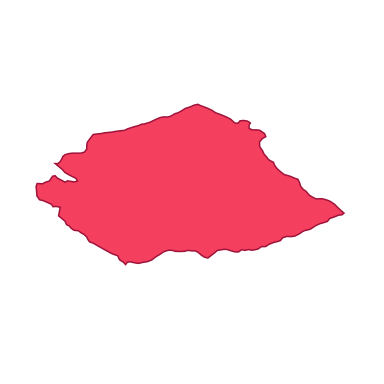 Santa Maria do Salto, Minas Gerais, Brazil (Albers equal-area conic projection), rotated 104°
{"feature_id": "56859067B45600385966200", "entity_name": "Santa Maria do Salto", "entity_type": "district", "adm_level": 2, "iso_a3": "BRA", "parent_name": "Brazil", "parent_adm1": "Minas Gerais", "projection": "albers", "projection_center": [-40.119, -16.295], "detail": "fine", "context": "isolated", "style": "filled", "palette": "rose", "viewbox_px": 384, "rotation_deg": 104, "n_neighbors": 0, "source": "geoboundaries", "source_scale": "gbopen_adm2", "svg_char_len": 2734}
<svg xmlns="http://www.w3.org/2000/svg" viewBox="0 0 384 384"><g transform="rotate(104 192 192)"><path d="M278.5,238.9L275.9,237.8L274.7,235.3L274.6,230.4L274.2,226.6L272.3,222.9L270.3,218.3L267.6,214.5L264.7,212.3L262.6,210.4L260.3,208.0L257.2,205.3L255.4,202.8L254.1,200.4L253.4,197.1L253.6,193.7L252.6,189.1L251.3,184.8L249.6,181.8L249.2,178.3L248.4,174.6L249.0,171.6L251.0,167.7L252.2,164.2L252.2,160.6L248.9,158.0L245.6,155.4L242.5,153.2L240.7,149.0L239.6,146.2L239.3,143.4L239.6,140.1L239.7,135.5L238.8,132.2L235.9,129.8L235.9,126.6L234.2,123.3L234.0,119.8L233.0,117.3L231.3,114.1L228.3,111.5L227.1,107.3L224.2,104.7L221.2,100.5L219.4,97.1L217.7,94.4L214.5,93.0L212.1,89.1L211.5,85.5L209.9,81.5L206.7,77.8L203.8,75.3L201.9,72.9L200.8,70.5L199.2,67.9L197.0,65.9L195.1,64.2L193.5,62.3L191.8,60.2L190.0,57.0L187.8,53.5L184.3,51.9L181.7,47.8L179.0,44.1L177.8,40.9L175.7,39.4L173.8,43.3L171.4,47.5L169.5,50.6L168.4,53.5L167.6,55.9L167.2,58.5L167.0,62.1L167.2,65.1L168.0,67.5L168.7,70.1L167.9,73.6L166.8,77.2L165.3,79.4L163.7,81.6L162.5,84.9L159.9,88.2L157.2,89.7L154.1,92.2L153.7,96.2L153.0,100.2L152.8,104.0L152.8,106.7L150.9,111.0L148.8,115.0L146.1,118.3L143.4,120.2L142.7,123.6L141.8,126.0L140.0,128.0L137.8,131.2L134.6,133.8L131.8,137.2L127.1,138.6L123.4,136.8L120.4,133.8L117.8,135.7L116.6,138.8L115.7,141.2L116.1,144.5L117.1,148.1L116.6,151.8L113.8,152.8L110.9,152.1L109.8,155.2L110.1,159.3L111.3,162.6L113.8,163.8L114.8,166.5L113.8,168.9L112.0,172.1L111.1,175.8L110.4,179.7L109.8,184.3L109.4,188.3L108.0,192.0L107.1,196.3L106.6,200.1L106.1,204.5L105.5,207.6L107.3,211.1L108.9,213.1L110.7,215.7L112.3,218.4L114.2,220.3L116.5,222.5L118.7,225.0L120.2,227.6L122.4,229.7L124.0,231.7L125.2,234.1L126.0,237.7L127.5,241.0L129.9,244.1L132.2,247.0L134.5,249.7L135.8,251.9L137.4,254.5L138.4,257.3L140.3,259.6L142.2,263.1L144.3,266.6L146.1,269.5L148.6,272.6L150.0,276.6L151.5,280.4L153.2,284.1L154.6,288.0L155.9,291.6L157.3,294.3L158.4,297.5L160.1,301.8L164.7,303.8L169.0,305.6L172.1,305.4L175.6,304.5L179.3,306.0L181.2,309.3L182.2,313.2L183.1,317.1L184.4,320.5L186.4,324.1L188.7,325.9L191.3,326.3L194.3,327.2L196.9,329.0L197.5,331.6L201.7,323.0L203.8,320.1L205.4,314.5L206.8,307.9L209.0,305.8L210.7,308.6L211.3,315.6L213.2,317.3L211.0,326.2L209.3,328.7L210.4,331.1L215.9,333.1L217.9,336.5L220.2,339.0L221.2,344.3L224.4,344.6L229.1,342.9L233.4,341.5L236.4,338.0L236.4,334.0L237.9,325.5L239.9,323.2L238.9,320.4L238.7,316.2L247.4,315.7L251.0,308.2L254.0,305.9L254.6,303.0L256.4,300.5L257.7,297.3L257.1,292.6L258.4,290.0L259.4,286.2L261.2,283.2L263.3,281.5L265.2,279.3L265.6,275.3L267.1,270.1L268.7,264.4L270.9,256.2L271.4,253.6L271.8,248.7L275.3,245.9L276.7,241.6L278.5,238.9Z" fill="#f43f5e" stroke="#9f1239" stroke-width="1.5"/></g></svg>